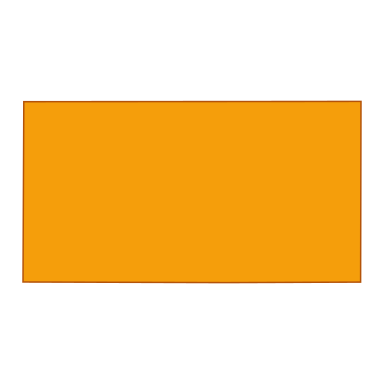 Hamlin, South Dakota, United States of America
{"feature_id": "52423323B11265703502297", "entity_name": "Hamlin", "entity_type": "district", "adm_level": 2, "iso_a3": "USA", "parent_name": "United States of America", "parent_adm1": "South Dakota", "projection": "robinson", "projection_center": [-97.128, 44.674], "detail": "fine", "context": "isolated", "style": "filled", "palette": "amber", "viewbox_px": 384, "rotation_deg": 0, "n_neighbors": 0, "source": "geoboundaries", "source_scale": "gbopen_adm2", "svg_char_len": 226}
<svg xmlns="http://www.w3.org/2000/svg" viewBox="0 0 384 384"><path d="M361.0,101.4L293.5,101.5L158.7,101.6L23.8,101.7L23.0,282.0L225.7,282.6L360.6,282.1L361.0,101.4Z" fill="#f59e0b" stroke="#b45309" stroke-width="1.5"/></svg>